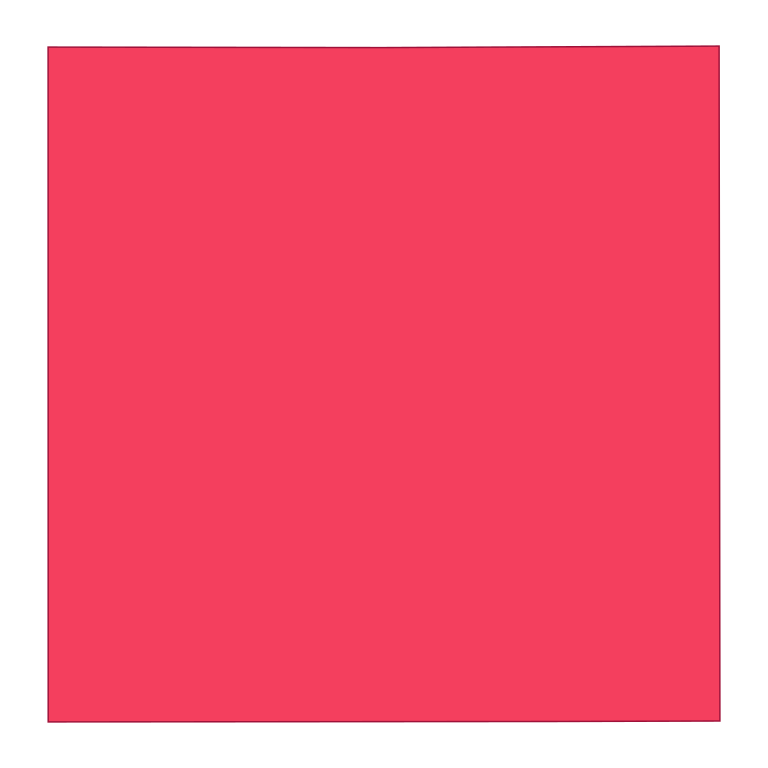 outline of Greene, Iowa, United States of America
{"feature_id": "52423323B94777339307314", "entity_name": "Greene", "entity_type": "district", "adm_level": 2, "iso_a3": "USA", "parent_name": "United States of America", "parent_adm1": "Iowa", "projection": "mercator", "projection_center": [-94.413, 42.036], "detail": "fine", "context": "isolated", "style": "filled", "palette": "rose", "viewbox_px": 768, "rotation_deg": 0, "n_neighbors": 0, "source": "geoboundaries", "source_scale": "gbopen_adm2", "svg_char_len": 209}
<svg xmlns="http://www.w3.org/2000/svg" viewBox="0 0 768 768"><path d="M48.1,47.1L48.2,721.9L551.9,721.5L719.9,721.0L719.1,46.1L382.5,47.6L48.1,47.1Z" fill="#f43f5e" stroke="#9f1239" stroke-width="1.5"/></svg>